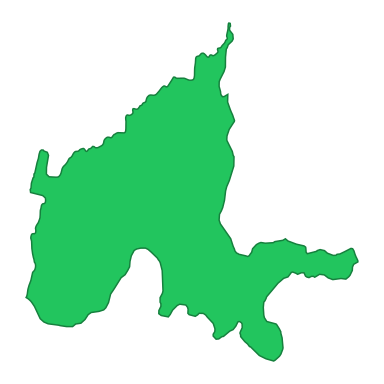 the district of Pueblo Nuevo Viñas, Santa Rosa, Guatemala
{"feature_id": "79465075B34201935898883", "entity_name": "Pueblo Nuevo Viñas", "entity_type": "district", "adm_level": 2, "iso_a3": "GTM", "parent_name": "Guatemala", "parent_adm1": "Santa Rosa", "projection": "equal_earth", "projection_center": [-90.498, 14.233], "detail": "fine", "context": "isolated", "style": "filled", "palette": "green", "viewbox_px": 384, "rotation_deg": 0, "n_neighbors": 0, "source": "geoboundaries", "source_scale": "gbopen_adm2", "svg_char_len": 5887}
<svg xmlns="http://www.w3.org/2000/svg" viewBox="0 0 384 384"><path d="M153.7,95.3L150.7,95.0L149.2,95.3L148.4,96.0L147.5,96.9L147.1,97.5L146.6,98.6L145.8,101.7L145.0,102.3L143.3,103.0L142.7,103.5L142.0,104.9L141.1,105.5L140.3,105.7L139.8,106.1L139.3,107.1L138.0,108.8L137.1,109.2L135.9,109.2L134.3,108.7L133.1,108.7L132.7,109.7L132.7,110.6L132.9,111.3L133.0,112.4L132.7,113.4L131.8,114.3L130.6,115.1L129.7,115.3L128.9,115.4L127.9,115.0L127.1,115.0L126.2,115.9L125.7,117.5L125.7,119.0L126.0,121.4L125.9,128.5L125.7,130.8L125.2,132.2L124.6,132.7L124.0,132.9L118.6,132.7L117.9,132.7L116.9,133.0L116.1,133.4L115.1,134.1L114.1,134.5L113.1,135.6L112.0,137.2L111.2,137.7L110.3,137.7L109.7,137.4L108.5,137.2L107.6,137.2L106.6,137.6L105.2,138.8L104.4,139.9L104.0,140.8L103.7,142.4L103.4,143.6L102.5,145.0L101.6,145.7L98.0,147.6L96.6,147.8L95.5,147.7L94.7,147.2L94.0,146.6L92.8,146.4L92.2,146.9L91.6,147.6L90.7,148.4L88.7,149.1L87.3,151.0L86.4,151.4L85.8,151.1L84.4,149.1L83.6,148.5L82.5,148.6L80.7,149.2L79.8,149.7L79.1,150.5L78.3,151.2L75.5,151.5L74.8,151.9L74.0,152.7L73.4,153.5L72.1,156.0L71.3,157.0L70.6,157.6L69.5,158.2L68.8,159.1L67.6,161.6L66.4,163.4L65.1,164.9L63.6,166.3L63.0,167.1L62.4,168.2L62.1,168.9L61.1,172.9L60.3,174.8L59.2,176.2L58.7,176.6L58.1,177.0L56.2,177.2L49.1,176.8L46.4,174.1L46.5,167.3L48.5,155.4L47.3,152.3L44.1,151.1L43.1,150.0L41.4,150.0L40.0,151.3L39.1,154.2L38.4,158.4L37.1,162.6L34.8,173.1L34.0,174.0L33.9,177.1L33.1,177.8L31.4,183.2L31.0,188.1L30.2,189.6L30.6,192.5L42.5,195.5L43.2,196.0L45.3,197.9L45.5,199.0L45.6,200.3L45.4,202.1L44.9,203.1L44.3,203.5L42.6,203.9L42.1,204.4L41.5,205.3L40.9,208.6L40.4,210.1L40.3,211.6L40.2,215.0L40.0,217.7L39.4,219.7L38.3,222.6L37.0,224.6L36.3,225.8L35.7,227.3L35.5,228.5L35.8,230.1L35.8,231.6L35.5,232.9L34.6,233.7L33.2,233.7L32.2,233.9L31.6,234.5L31.2,235.6L30.9,236.9L30.8,238.1L31.6,241.2L31.9,248.6L32.6,253.7L33.4,257.5L34.0,259.5L34.4,262.1L35.3,263.6L35.5,264.8L35.6,265.7L35.5,267.1L35.3,268.1L34.9,269.6L34.1,270.8L33.1,271.8L32.6,272.6L30.9,280.4L29.0,285.5L28.0,289.1L27.8,290.2L27.3,294.0L26.8,296.1L26.1,297.5L28.2,298.8L29.8,300.2L30.9,301.3L32.1,302.9L34.5,306.5L40.2,318.7L43.9,322.0L48.1,323.8L58.8,325.2L60.0,325.6L66.7,326.6L72.6,326.6L75.7,324.0L80.9,323.2L85.0,319.5L88.2,314.6L91.2,312.5L99.0,311.4L103.7,309.9L105.8,307.8L108.5,302.6L110.6,294.1L114.1,288.9L121.1,277.7L125.1,274.7L127.7,270.5L129.6,266.8L130.0,261.4L131.3,255.8L134.2,250.4L136.6,249.0L140.7,248.1L145.5,248.1L148.1,249.4L151.3,252.2L157.3,258.0L158.5,260.0L159.1,260.6L160.2,262.6L162.2,270.6L163.0,290.9L162.4,293.3L160.1,297.7L160.1,302.2L160.9,303.7L160.9,306.4L158.9,310.5L158.8,313.7L161.2,315.5L168.3,316.9L170.2,314.5L172.6,310.1L177.2,305.5L179.7,304.2L185.8,305.0L187.5,307.2L188.1,309.2L187.9,313.3L189.2,314.7L195.3,316.3L197.7,314.8L198.5,313.9L199.2,313.3L203.3,313.4L205.7,315.0L207.3,317.1L213.2,323.4L215.0,328.9L214.8,331.6L213.2,334.2L213.2,336.1L216.1,339.2L218.8,338.9L221.8,336.7L223.5,336.4L229.8,331.1L233.1,329.6L235.8,326.2L237.8,322.1L238.5,321.6L239.7,321.6L240.8,322.3L241.6,323.0L242.1,324.1L242.2,327.7L240.1,332.4L240.0,333.3L240.6,334.9L240.7,336.7L244.8,341.6L247.6,344.0L249.5,346.6L250.5,346.8L259.3,355.5L266.0,358.8L273.7,361.0L275.1,360.2L278.1,357.5L279.5,356.2L280.9,354.1L282.0,351.2L282.7,349.3L283.0,347.9L282.1,337.9L280.8,333.0L280.8,331.8L279.3,328.8L276.8,324.8L276.2,324.1L275.4,323.8L266.8,321.5L264.4,317.7L263.8,315.1L263.3,307.5L263.8,302.1L264.8,301.0L266.0,298.6L266.6,296.8L272.6,289.7L277.9,283.3L283.7,278.3L288.0,276.9L291.3,272.5L292.6,272.0L295.8,273.2L297.6,274.3L301.2,272.8L304.0,272.8L305.5,276.1L307.0,277.1L309.0,277.6L311.3,276.4L313.3,276.3L314.7,277.2L316.3,276.3L319.5,274.3L324.3,274.9L328.2,277.9L332.8,279.6L341.0,278.5L345.9,279.1L348.7,276.8L350.0,275.3L352.3,270.5L352.5,267.0L353.7,264.3L357.9,261.9L357.8,260.6L356.8,258.4L356.0,256.8L355.0,254.3L353.9,250.8L352.6,248.7L351.0,248.4L344.4,251.8L339.8,254.0L337.0,254.3L335.9,255.3L333.2,255.4L327.4,253.2L324.5,250.6L320.1,249.6L317.1,250.6L316.7,251.3L307.3,253.7L306.1,252.2L305.8,247.9L305.6,247.1L304.0,245.9L296.5,244.2L288.0,241.0L285.4,238.8L282.9,240.3L274.9,241.6L273.2,242.7L265.3,243.2L260.9,242.5L258.9,243.2L256.4,244.6L252.6,248.7L251.6,252.5L250.8,253.3L249.2,255.7L247.8,256.5L245.6,255.8L238.6,254.2L237.9,253.5L236.6,253.1L234.8,250.7L234.5,249.3L233.2,246.4L232.7,244.9L230.7,238.7L220.4,223.9L219.1,220.1L219.5,214.3L221.4,210.8L222.7,207.6L224.5,200.3L225.6,190.9L226.7,186.7L229.3,180.6L233.8,166.1L234.0,156.7L233.2,155.4L232.3,151.4L226.9,140.5L226.8,139.2L227.0,135.9L229.2,129.4L233.5,122.7L234.3,121.6L234.5,120.5L233.2,116.8L232.7,115.2L231.2,111.9L230.2,109.4L227.6,102.1L227.8,94.4L224.1,96.6L222.4,96.7L220.8,94.4L220.5,91.4L219.1,86.4L219.2,81.7L220.1,79.3L224.0,71.6L225.4,67.1L225.5,57.2L226.3,49.1L227.2,47.7L228.2,44.8L232.1,41.1L233.2,38.9L232.8,34.4L229.6,30.2L229.6,27.5L230.5,26.1L230.2,23.4L228.9,23.0L228.4,23.7L228.1,26.4L228.1,28.4L227.9,29.7L227.6,31.1L226.9,34.3L226.7,35.5L226.7,36.3L227.2,37.7L227.3,38.7L226.7,39.6L225.8,40.2L225.0,42.2L224.3,43.3L222.2,45.5L221.3,46.9L220.6,47.7L219.2,48.1L218.5,48.2L217.7,48.5L217.5,49.7L218.0,51.2L217.8,52.3L217.1,53.1L215.1,54.8L214.3,55.3L213.3,55.7L212.5,55.6L211.8,55.1L210.8,54.9L209.9,55.3L208.7,57.2L207.6,57.1L206.8,56.5L205.6,55.0L204.3,53.8L203.3,53.2L202.1,53.2L201.2,53.6L199.8,55.2L199.0,55.9L198.4,56.2L197.3,56.3L196.6,56.7L196.1,57.2L195.7,58.4L195.4,63.0L194.7,67.9L194.6,70.0L194.5,75.5L194.3,76.9L194.1,78.0L193.8,78.8L193.2,79.6L192.6,79.9L191.8,80.1L190.7,80.2L189.8,80.2L188.9,80.1L187.6,79.6L185.3,78.6L184.4,78.3L183.4,78.2L176.8,78.3L176.0,78.0L175.1,77.3L174.4,77.1L173.5,77.2L171.6,80.4L167.7,86.4L166.8,86.9L165.8,86.7L165.2,86.3L164.6,86.0L163.9,86.0L162.8,86.7L161.6,87.8L159.2,91.0L156.6,94.0L156.0,94.5L154.8,95.1L153.7,95.3Z" fill="#22c55e" stroke="#15803d" stroke-width="1.5"/></svg>